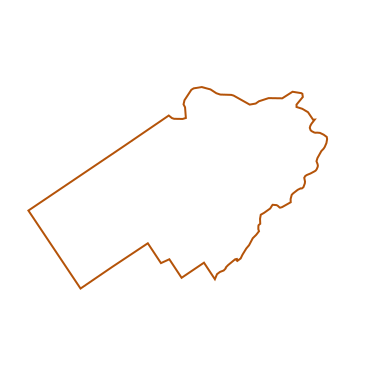 Hancock, Mississippi, United States of America, rotated 236°
{"feature_id": "52423323B49198903326940", "entity_name": "Hancock", "entity_type": "district", "adm_level": 2, "iso_a3": "USA", "parent_name": "United States of America", "parent_adm1": "Mississippi", "projection": "equal_earth", "projection_center": [-89.556, 30.411], "detail": "fine", "context": "isolated", "style": "outline", "palette": "amber", "viewbox_px": 384, "rotation_deg": 236, "n_neighbors": 0, "source": "geoboundaries", "source_scale": "gbopen_adm2", "svg_char_len": 1567}
<svg xmlns="http://www.w3.org/2000/svg" viewBox="0 0 384 384"><g transform="rotate(236 192 192)"><path d="M106.9,162.2L109.9,166.8L110.1,170.5L109.2,174.4L109.8,177.2L110.5,177.8L111.2,180.9L112.1,190.1L111.4,191.8L110.9,191.7L110.4,190.8L109.5,191.0L109.7,195.2L110.7,196.9L111.8,198.8L114.8,205.4L116.0,209.6L119.7,216.5L120.6,221.3L122.0,225.6L124.1,226.2L126.8,228.1L127.3,228.8L127.5,230.8L131.7,233.4L134.7,236.3L134.4,240.2L134.6,247.6L136.1,251.0L136.3,251.7L133.8,254.8L132.6,255.4L130.0,256.0L129.7,256.4L129.1,258.2L128.3,268.1L131.0,269.8L133.9,273.1L134.3,275.0L134.7,280.8L134.3,284.0L134.0,284.2L133.5,285.2L133.7,287.1L136.0,290.3L137.4,291.5L141.0,293.0L141.9,294.8L141.9,296.7L141.1,300.5L140.6,305.3L140.6,306.5L141.1,308.0L142.6,310.3L143.5,311.1L144.9,311.7L147.9,312.4L150.0,315.0L153.6,322.1L154.3,325.3L155.1,327.2L157.4,330.8L160.3,333.6L162.3,334.5L165.9,333.2L169.5,331.1L171.2,329.0L172.1,327.5L173.0,326.6L175.6,325.2L176.9,324.9L179.3,325.5L180.7,327.1L181.8,329.3L183.4,334.2L184.2,332.8L193.3,332.8L199.4,329.9L204.0,326.2L206.0,327.5L208.8,337.0L211.7,338.4L212.8,337.9L218.9,331.4L219.2,319.2L227.0,308.0L229.8,298.2L229.7,294.3L232.2,288.7L248.7,280.4L250.6,278.8L257.0,269.9L260.3,267.4L266.7,264.7L273.6,258.7L277.0,251.3L277.1,248.6L272.3,237.1L269.4,234.0L266.1,233.6L262.4,231.5L256.8,228.3L257.8,225.1L262.7,218.1L264.5,216.7L268.4,215.5L268.1,161.9L268.1,105.7L268.1,46.0L174.3,45.6L174.5,84.2L174.2,126.7L150.4,126.5L148.9,135.6L126.7,135.4L126.7,162.4L106.9,162.2Z" fill="none" stroke="#b45309" stroke-width="2"/></g></svg>